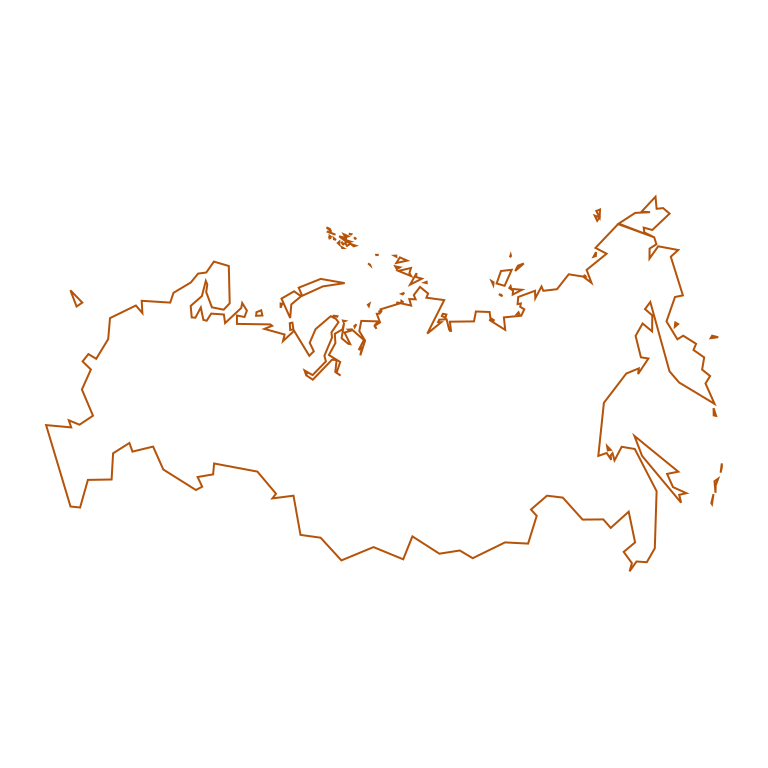 an SVG outline of Russia
{"feature_id": "RUS", "entity_name": "Russia", "entity_type": "country or territory", "adm_level": 0, "iso_a3": "RUS", "parent_name": "Europe", "parent_adm1": "", "projection": "albers", "projection_center": [98.07, 61.527], "detail": "fine", "context": "isolated", "style": "outline", "palette": "amber", "viewbox_px": 768, "rotation_deg": 0, "n_neighbors": 0, "source": "natural_earth", "source_scale": "50m", "svg_char_len": 6171}
<svg xmlns="http://www.w3.org/2000/svg" viewBox="0 0 768 768"><path d="M636.5,561.5L629.6,571.3L631.9,563.1L623.7,551.9L635.1,542.4L628.7,511.7L610.7,527.9L603.3,519.4L582.6,519.6L562.8,497.6L547.0,495.7L531.0,509.5L536.7,515.9L528.1,543.6L505.0,542.4L472.7,558.2L459.8,550.5L439.4,553.7L412.4,536.4L403.2,559.3L373.5,547.1L341.4,560.4L320.6,537.7L300.5,534.9L293.5,495.7L272.4,498.4L276.0,493.7L257.4,471.6L214.1,463.5L213.1,474.4L197.6,477.0L202.2,486.7L195.9,490.0L163.3,469.5L153.1,446.6L132.5,451.6L129.4,443.0L113.1,453.3L111.6,479.5L87.9,479.9L80.1,507.5L70.5,506.5L46.1,425.1L71.2,427.4L68.8,420.3L79.5,424.7L93.0,415.7L81.9,389.5L90.9,369.5L82.6,361.4L88.4,354.1L96.2,358.8L108.2,339.1L110.0,318.1L135.9,305.5L142.4,313.1L141.7,300.8L170.2,302.6L173.5,292.8L190.8,282.5L198.1,273.6L206.3,272.5L213.9,261.6L228.8,266.0L229.7,303.3L223.7,309.7L211.9,307.3L206.2,292.1L207.3,284.4L205.8,280.9L201.9,296.1L190.7,305.9L191.7,317.4L195.4,317.7L200.8,307.5L203.4,319.9L206.7,320.7L211.2,313.6L223.9,314.5L225.1,323.1L241.2,308.0L242.2,303.0L246.9,310.6L244.5,317.0L237.0,315.5L236.9,323.9L270.3,324.4L272.1,325.8L264.4,328.9L284.6,334.5L283.0,341.1L294.1,330.8L309.3,355.8L313.8,351.3L309.7,342.8L315.6,329.1L330.7,316.2L335.9,318.9L338.5,322.2L331.5,332.3L332.0,337.7L324.4,355.7L325.9,361.4L312.6,375.1L304.5,370.4L306.2,375.3L312.8,379.7L332.0,359.7L336.6,360.1L335.3,372.0L340.6,375.6L336.6,372.7L340.2,362.0L328.9,355.0L335.4,343.1L334.8,333.8L342.4,329.4L344.1,323.1L341.6,338.2L348.1,343.7L350.2,344.1L344.5,332.5L352.7,330.2L363.9,340.0L358.7,349.9L361.9,347.7L360.3,355.4L365.1,340.6L359.3,331.1L361.3,320.9L378.3,321.4L374.7,325.2L374.6,326.2L376.5,328.8L374.9,325.7L380.0,322.4L376.8,313.8L379.6,313.6L381.5,311.0L380.6,309.3L398.5,303.8L396.5,302.3L411.1,305.6L409.3,299.1L415.6,299.3L413.8,295.1L420.0,286.9L428.1,293.5L426.4,297.7L444.2,300.1L427.3,333.6L441.3,322.2L438.1,322.1L439.2,319.7L446.6,319.3L449.1,329.4L450.0,330.9L451.0,330.9L449.9,321.7L474.0,321.4L475.9,311.5L489.6,312.0L490.4,317.9L494.5,320.6L489.2,319.8L505.2,329.9L503.9,317.4L521.3,315.7L524.3,309.3L520.2,306.8L520.8,303.5L517.6,304.1L518.2,297.0L535.0,290.8L535.3,298.3L541.5,286.5L543.3,290.8L557.0,289.2L568.7,274.3L583.2,276.6L591.5,282.9L586.6,269.9L606.6,253.7L595.5,247.9L618.1,224.1L654.2,237.3L656.4,244.3L649.6,248.6L649.5,258.6L658.2,246.3L678.2,250.0L670.8,256.7L682.9,295.4L675.0,297.0L666.5,321.4L677.4,339.3L683.2,335.7L696.1,343.8L693.5,350.0L704.2,357.4L702.1,369.6L710.1,376.0L705.5,383.5L714.6,403.9L679.1,382.5L669.5,371.3L650.3,302.0L645.0,309.1L652.3,315.4L652.1,331.4L642.6,323.5L635.6,335.9L640.9,357.3L648.4,358.5L638.1,374.0L638.8,368.4L626.3,373.5L603.9,402.8L598.3,455.9L606.7,453.0L611.2,459.8L610.6,455.6L612.5,453.2L614.5,460.4L621.7,446.8L634.8,449.0L656.6,491.2L654.8,548.3L646.8,562.2L636.5,561.5ZM618.7,223.6L635.2,212.9L650.1,212.2L641.5,211.7L655.5,196.7L656.6,208.8L663.1,208.1L669.6,213.6L652.3,230.0L643.7,227.6L644.3,232.4L654.2,237.3L618.7,223.6ZM344.7,283.1L322.9,286.4L302.2,295.8L298.7,287.7L320.7,278.9L344.7,283.1ZM634.4,435.9L678.3,471.7L667.1,473.9L673.0,487.1L686.4,493.2L679.2,494.8L681.1,502.7L642.1,455.9L634.4,435.9ZM294.1,291.3L301.1,296.3L291.3,304.4L290.2,318.0L281.5,298.6L294.1,291.3ZM496.6,283.5L501.0,271.0L511.7,269.8L504.6,285.8L496.6,283.5ZM398.4,270.9L411.0,268.0L409.4,273.1L411.2,276.1L398.4,270.9ZM399.9,257.4L407.2,260.6L396.3,263.0L399.9,257.4ZM416.6,273.1L416.0,277.0L421.9,278.7L410.1,284.6L416.6,273.1ZM515.2,271.0L517.9,265.7L523.8,263.5L515.2,271.0ZM70.4,290.3L82.3,302.6L76.6,306.5L70.4,290.3ZM331.1,232.9L335.5,234.7L326.7,231.5L331.1,232.9ZM513.2,289.0L522.0,289.8L512.7,294.6L513.2,289.0ZM599.6,217.4L596.3,211.0L600.0,209.5L599.6,217.4ZM262.4,315.5L256.1,315.8L256.5,312.2L261.2,310.3L262.4,315.5ZM339.2,236.3L343.4,237.4L344.0,240.0L339.2,236.3ZM350.5,243.7L347.0,245.9L345.2,243.1L347.1,241.6L350.5,243.7ZM353.7,246.3L351.0,244.1L355.7,245.7L353.7,246.3ZM293.4,329.3L290.2,330.0L289.8,323.2L292.4,322.6L293.4,329.3ZM400.0,267.3L396.8,269.1L395.2,266.3L400.0,267.3ZM343.7,234.2L348.3,236.3L345.4,237.3L343.7,234.2ZM599.6,217.4L597.2,220.8L594.7,215.6L599.6,217.4ZM329.7,228.8L331.3,231.7L326.5,227.4L329.7,228.8ZM337.2,316.7L332.6,315.6L337.4,316.2L337.2,316.7ZM446.4,314.5L445.5,317.7L441.8,316.0L442.9,313.8L446.4,314.5ZM596.0,252.1L595.9,256.0L593.5,256.8L596.0,252.1ZM342.7,244.1L341.5,241.7L344.1,244.8L342.7,244.1ZM346.1,238.0L345.9,240.9L344.5,238.0L346.1,238.0ZM718.2,478.6L715.7,485.3L715.5,492.8L714.5,481.2L718.2,478.6ZM339.4,241.6L339.4,244.5L337.8,243.0L339.4,241.6ZM352.6,329.3L348.7,330.1L348.1,329.6L352.6,329.3ZM678.1,324.1L674.8,326.9L675.3,322.5L678.1,324.1ZM510.6,286.1L511.5,289.6L509.3,288.0L510.6,286.1ZM607.1,446.1L610.7,449.9L607.8,450.4L607.1,446.1ZM713.6,408.1L716.1,415.9L713.7,415.4L713.6,408.1ZM336.0,239.9L333.9,239.2L333.8,238.1L336.0,239.9ZM356.4,324.3L354.7,327.2L354.3,326.1L356.4,324.3ZM493.6,282.3L493.3,285.0L491.5,281.0L493.6,282.3ZM711.3,503.1L713.5,494.1L712.0,504.2L711.3,503.1ZM396.3,255.6L396.4,256.8L394.4,255.7L396.3,255.6ZM282.2,303.8L280.6,307.8L280.6,303.5L282.2,303.8ZM350.6,241.6L349.1,241.9L348.2,240.8L350.6,241.6ZM378.7,254.8L376.3,255.1L376.2,254.8L378.7,254.8ZM712.1,335.7L718.2,337.2L710.7,338.2L712.1,335.7ZM585.9,276.8L585.1,277.3L584.1,274.8L585.9,276.8ZM721.9,466.9L720.6,472.7L721.8,463.4L721.9,466.9ZM350.9,234.6L348.8,233.6L351.3,234.2L350.9,234.6ZM331.1,237.8L329.5,238.4L329.3,237.6L331.1,237.8ZM356.3,239.0L354.9,238.6L354.2,237.4L356.3,239.0ZM343.3,248.0L342.1,248.0L341.8,247.1L343.3,248.0ZM401.4,300.8L403.5,302.5L401.3,301.5L401.4,300.8ZM368.1,263.4L370.2,264.9L370.4,265.5L368.1,263.4ZM404.3,292.8L402.7,294.4L401.5,293.9L404.3,292.8ZM345.3,321.0L343.5,321.9L343.0,320.6L345.3,321.0ZM307.7,372.8L306.1,374.3L305.7,371.7L307.7,372.8ZM501.1,294.7L502.4,296.3L498.9,294.3L501.1,294.7ZM369.5,303.7L368.8,306.2L367.9,304.8L369.5,303.7ZM518.5,312.3L519.2,313.8L517.0,314.0L518.5,312.3ZM378.4,311.6L380.4,311.0L380.6,311.6L378.4,311.6ZM426.6,281.8L426.7,283.1L424.5,282.6L426.6,281.8ZM330.7,236.6L329.6,237.0L329.6,235.8L330.7,236.6ZM511.0,256.0L509.9,257.2L510.7,254.8L511.0,256.0Z" fill="none" stroke="#b45309" stroke-width="2"/></svg>